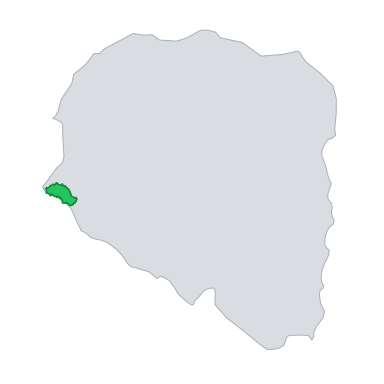 Río Branco, Cerro Largo, Uruguay (highlighted), rotated 177°
{"feature_id": "84410073B34971931236421", "entity_name": "Río Branco", "entity_type": "district", "adm_level": 2, "iso_a3": "URY", "parent_name": "Uruguay", "parent_adm1": "Cerro Largo", "projection": "albers", "projection_center": [-53.429, -32.613], "detail": "fine", "context": "in_parent", "style": "filled", "palette": "green", "viewbox_px": 384, "rotation_deg": 177, "n_neighbors": 0, "source": "geoboundaries", "source_scale": "gbopen_adm2", "svg_char_len": 5634}
<svg xmlns="http://www.w3.org/2000/svg" viewBox="0 0 384 384"><g transform="rotate(177 192 192)"><path d="M327.1,272.6L324.3,275.1L321.4,279.8L317.9,291.2L306.3,306.8L304.0,315.6L291.5,324.9L282.8,335.3L277.0,335.1L271.9,339.6L242.3,353.4L231.6,351.0L223.7,351.2L216.3,345.4L199.5,343.5L189.0,346.2L175.1,353.0L170.8,353.0L167.7,352.8L160.0,350.3L155.7,344.6L133.8,338.6L115.8,324.1L95.0,324.6L79.2,327.2L76.7,325.3L74.9,321.5L71.4,316.0L57.1,303.3L45.7,290.6L43.0,277.7L43.8,263.4L46.3,246.5L45.5,241.3L49.4,238.2L53.3,237.4L57.0,232.9L60.1,226.2L60.5,221.2L57.4,212.1L55.0,199.3L52.5,193.1L56.5,182.8L56.5,177.9L53.7,173.7L52.8,169.3L53.8,164.7L53.4,160.3L51.5,156.2L52.6,152.6L56.6,149.7L59.5,145.4L61.3,139.6L62.1,135.2L62.0,132.2L60.7,129.5L58.0,126.9L59.0,121.6L63.5,113.5L66.4,106.4L67.6,100.2L67.3,95.2L65.5,91.5L66.1,89.0L69.0,87.5L70.2,83.5L69.4,73.6L65.9,65.6L68.0,59.1L74.6,51.3L77.9,45.2L78.1,40.6L80.1,37.9L83.6,42.7L93.5,43.6L103.3,43.4L104.9,42.1L108.5,33.9L113.5,31.4L119.1,30.6L125.2,30.8L131.8,36.0L150.6,53.0L164.4,64.8L168.6,70.5L172.2,74.7L175.0,78.6L174.1,89.1L174.4,93.6L175.1,94.9L178.1,95.0L182.6,94.1L186.4,91.8L189.3,88.4L192.1,85.6L194.4,84.1L195.2,81.9L196.6,79.5L197.9,79.0L200.6,80.7L207.0,86.5L211.9,91.9L213.1,95.1L215.1,98.3L217.1,101.1L218.5,103.9L223.3,107.5L228.1,109.7L231.2,107.3L239.4,114.7L257.2,120.8L260.5,124.6L263.6,130.1L269.9,138.2L278.5,145.6L285.4,148.7L292.0,150.4L295.7,152.0L298.2,154.9L302.2,157.9L304.8,159.0L305.7,161.8L308.3,167.8L311.0,175.3L314.0,182.4L320.4,189.1L327.6,194.4L335.0,197.3L339.2,201.0L341.0,204.9L336.0,210.5L330.5,217.7L325.7,223.3L320.7,227.2L319.1,229.9L318.0,234.1L318.1,256.3L317.7,264.6L318.0,266.8L318.7,268.2L321.9,270.4L325.6,272.3L327.1,272.6Z" fill="#d9dde1" stroke="#a8b0b8" stroke-width="1"/><path d="M320.6,205.6L320.7,205.9L320.7,206.0L320.8,206.0L320.8,206.3L321.0,206.6L321.3,206.8L321.4,206.7L321.5,206.7L321.7,206.4L321.8,206.3L321.7,206.3L321.6,206.2L321.4,206.1L321.5,205.9L322.0,205.9L322.3,205.8L322.6,205.8L323.1,205.8L323.3,206.0L323.8,206.1L324.3,206.3L324.6,206.4L325.1,206.8L325.3,206.9L325.4,207.0L325.6,207.3L325.8,207.5L326.0,207.5L326.3,207.5L326.3,207.9L326.3,208.0L326.5,208.3L327.1,208.3L327.3,208.2L327.4,207.9L327.4,207.7L327.5,207.6L327.6,207.4L327.9,207.2L328.1,207.0L328.1,206.9L328.1,206.7L328.4,206.5L328.7,206.3L328.8,206.3L329.0,206.4L329.1,206.6L329.3,206.7L329.7,206.7L329.9,206.7L330.1,206.8L330.3,206.9L330.3,207.0L330.6,207.1L330.7,206.9L330.8,206.7L331.0,206.5L331.1,206.4L331.4,206.2L332.3,206.0L333.3,205.9L333.5,205.7L333.6,205.0L333.7,204.8L333.9,204.6L334.2,204.5L334.7,204.2L335.0,204.0L335.2,203.8L335.6,203.7L336.0,203.6L336.3,203.5L336.5,203.5L336.9,203.6L337.0,203.6L337.4,203.6L337.5,203.6L337.7,203.4L337.4,203.4L337.3,203.5L337.3,203.4L337.4,203.2L337.5,203.2L337.5,202.7L337.3,202.2L337.3,201.8L337.2,201.5L337.3,200.9L337.3,200.7L337.3,200.4L337.4,199.9L337.5,199.7L337.7,199.4L337.8,199.2L337.7,198.8L337.6,198.7L337.3,198.5L337.2,198.4L336.3,198.4L335.9,198.2L334.8,197.7L334.5,197.5L334.3,197.1L334.2,196.7L334.2,196.4L334.1,196.1L334.0,195.9L333.8,195.8L333.0,195.9L332.8,196.0L332.6,196.1L332.3,196.7L332.3,197.0L332.2,197.0L331.9,197.1L331.6,197.0L331.4,196.9L331.2,196.6L331.1,196.1L330.9,196.0L330.6,195.7L330.4,195.7L329.9,195.3L329.4,194.9L329.3,194.7L329.2,194.6L328.9,194.7L328.8,194.8L328.6,195.0L328.4,195.1L328.2,195.1L327.9,194.9L327.7,194.4L327.5,194.1L327.4,194.0L327.3,193.9L327.2,193.6L326.8,193.6L326.7,193.7L326.6,193.9L326.5,194.2L326.4,194.4L326.3,194.7L326.2,194.7L325.4,194.4L325.1,194.2L324.9,193.9L324.5,193.5L324.5,193.4L324.5,193.2L324.4,193.0L324.3,192.9L324.2,192.8L323.9,193.0L323.9,193.3L323.7,193.4L323.6,193.2L323.5,192.8L323.5,192.7L323.4,192.5L323.4,192.3L323.3,192.2L323.2,192.0L323.1,191.7L322.9,191.4L322.8,191.2L322.7,191.0L322.6,190.8L322.5,190.7L322.4,190.6L322.1,190.4L322.1,190.2L322.2,189.9L322.0,189.6L322.0,189.4L321.9,189.2L321.9,188.9L321.7,188.5L321.7,188.4L321.8,188.2L321.9,187.9L321.6,187.8L321.4,187.6L321.2,187.7L321.0,187.8L320.9,187.8L320.7,187.8L320.2,187.6L319.8,187.6L319.6,187.6L319.3,187.8L319.2,187.9L319.1,188.0L318.9,188.1L318.8,187.9L318.9,187.7L318.6,187.6L318.4,187.7L318.4,187.8L318.5,187.9L318.5,188.0L318.4,188.1L318.2,188.1L318.1,187.9L318.0,187.7L317.9,187.7L317.6,187.6L317.3,187.5L317.3,187.4L317.5,187.2L317.4,187.1L317.1,187.1L316.9,187.1L316.6,187.1L316.4,186.9L316.2,186.6L316.1,186.4L316.0,186.2L315.9,186.1L315.7,186.0L315.6,185.9L315.2,185.7L314.9,185.4L314.8,185.0L314.5,185.0L314.2,184.7L313.8,184.8L313.4,185.0L311.7,185.6L311.3,185.6L311.3,186.3L311.0,186.6L310.9,186.6L310.6,186.7L310.2,186.9L310.1,187.1L310.0,187.3L309.3,187.4L309.2,187.5L309.1,188.0L308.6,188.3L308.3,188.6L308.2,188.8L308.2,189.0L308.0,189.7L307.8,190.1L307.7,190.2L307.7,190.7L307.3,191.1L307.3,191.3L307.5,191.6L308.3,192.7L308.5,192.7L309.0,192.3L309.2,192.2L309.3,192.2L309.5,192.3L309.5,192.5L309.9,192.6L310.2,192.8L310.5,193.0L310.8,193.1L311.1,193.3L311.5,193.5L311.9,193.8L312.2,194.1L312.7,194.4L312.8,194.7L312.9,195.0L313.0,195.3L312.9,195.7L312.9,196.0L313.3,196.4L313.4,196.6L313.4,197.0L313.5,197.1L313.7,197.3L313.7,197.6L313.5,197.8L313.5,198.1L313.8,198.3L314.0,198.3L314.0,198.5L313.9,198.7L314.0,199.0L314.4,199.3L314.6,199.6L314.6,200.2L314.7,200.5L314.8,201.0L315.1,201.3L315.5,201.6L315.9,201.7L316.3,202.0L316.5,202.7L316.9,203.1L317.2,203.6L317.5,203.8L318.1,203.9L318.2,204.2L318.2,204.6L318.4,204.8L318.8,204.8L318.9,204.6L318.9,204.4L319.1,204.4L319.2,204.7L319.5,205.0L320.1,205.0L320.6,205.0L320.8,205.0L320.8,205.4L320.6,205.5L320.6,205.6Z" fill="#22c55e" stroke="#15803d" stroke-width="1.5"/></g></svg>